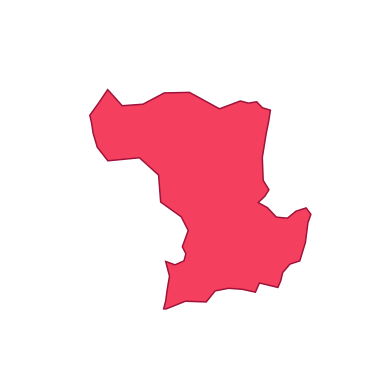 the border of La Vega, rotated 125°
{"feature_id": "DOM-1975", "entity_name": "La Vega", "entity_type": "Province", "adm_level": 1, "iso_a3": "DOM", "parent_name": "Dominican Republic", "parent_adm1": "", "projection": "albers", "projection_center": [-70.602, 19.023], "detail": "fine", "context": "isolated", "style": "filled", "palette": "rose", "viewbox_px": 384, "rotation_deg": 125, "n_neighbors": 0, "source": "natural_earth", "source_scale": "10m", "svg_char_len": 882}
<svg xmlns="http://www.w3.org/2000/svg" viewBox="0 0 384 384"><g transform="rotate(125 192 192)"><path d="M186.6,64.2L194.9,70.4L205.9,71.5L213.8,68.4L220.9,66.9L227.9,84.6L237.7,82.6L242.9,95.1L249.9,106.8L259.7,116.3L273.9,117.3L285.3,134.8L302.7,146.2L303.3,147.2L304.0,148.2L296.2,151.1L287.7,155.6L273.8,162.2L264.0,173.7L261.4,164.1L253.0,159.1L246.1,161.6L242.4,168.5L225.7,173.0L218.5,186.6L218.2,211.9L197.3,229.1L194.1,254.7L214.7,278.8L209.7,295.2L200.5,306.8L193.2,313.7L187.8,319.7L172.3,319.5L156.5,319.8L161.4,298.7L148.2,282.5L126.8,271.6L111.9,251.3L108.1,217.2L89.7,204.6L86.8,196.7L81.0,190.8L82.6,182.6L80.0,174.7L90.2,169.7L101.7,164.7L123.4,154.2L141.7,140.3L146.0,130.3L153.5,129.9L162.7,131.7L161.6,121.1L164.2,108.5L158.7,98.8L148.0,95.8L139.6,89.4L142.1,81.8L150.7,79.4L168.2,70.2L186.6,64.2Z" fill="#f43f5e" stroke="#9f1239" stroke-width="1.5"/></g></svg>